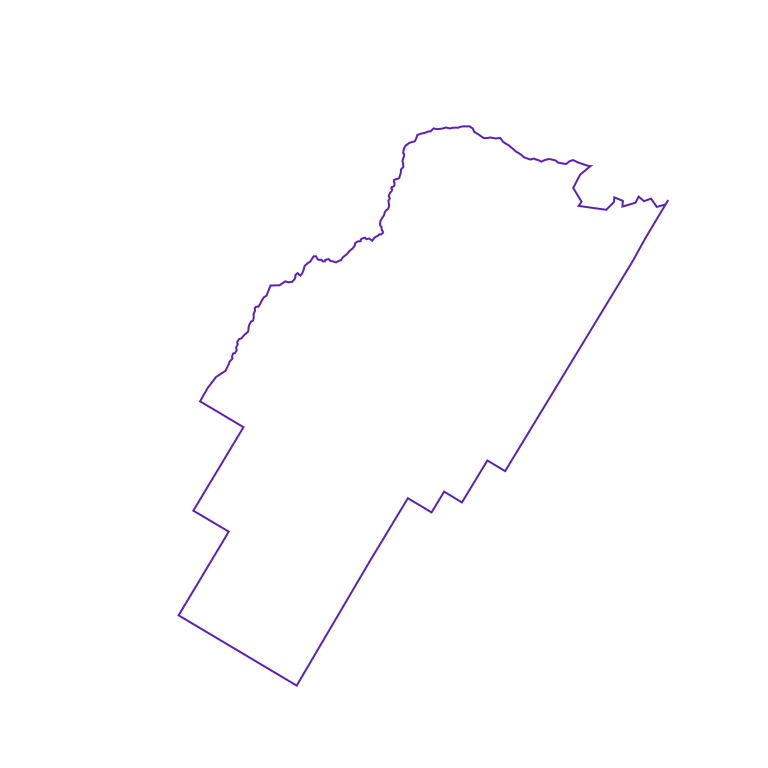 Teton, Montana, United States of America (Robinson projection), rotated 121°
{"feature_id": "52423323B79770151103522", "entity_name": "Teton", "entity_type": "district", "adm_level": 2, "iso_a3": "USA", "parent_name": "United States of America", "parent_adm1": "Montana", "projection": "robinson", "projection_center": [-112.547, 47.818], "detail": "fine", "context": "isolated", "style": "outline", "palette": "violet", "viewbox_px": 768, "rotation_deg": 121, "n_neighbors": 0, "source": "geoboundaries", "source_scale": "gbopen_adm2", "svg_char_len": 2852}
<svg xmlns="http://www.w3.org/2000/svg" viewBox="0 0 768 768"><g transform="rotate(121 384 384)"><path d="M91.0,319.3L91.4,319.9L92.7,324.8L94.2,332.2L94.7,337.3L97.5,339.7L101.6,341.2L103.5,345.9L104.6,348.9L104.0,352.0L105.4,356.5L106.5,358.8L108.8,361.2L112.4,363.7L112.6,367.4L113.4,369.5L113.5,371.6L116.3,374.2L116.8,377.1L117.6,380.6L116.9,384.1L116.7,387.8L116.8,390.5L116.0,394.6L115.7,396.7L115.1,400.2L115.3,403.5L115.0,406.9L113.2,411.0L116.0,414.7L117.9,419.8L120.1,422.3L121.8,425.2L121.7,427.7L121.4,431.4L121.4,436.6L119.3,439.3L119.1,443.6L120.4,445.4L121.8,448.0L123.7,450.5L125.9,452.2L128.5,456.5L131.1,459.3L132.2,463.0L134.9,465.4L138.1,469.5L139.4,473.2L143.3,474.1L145.2,476.5L147.6,478.2L150.3,481.2L153.5,483.7L157.1,482.8L160.1,482.6L164.0,486.3L168.5,488.3L172.6,488.0L176.0,486.7L176.7,484.9L178.3,484.1L180.1,483.9L183.4,483.0L185.3,481.1L188.0,479.2L191.3,479.9L194.5,478.3L197.6,477.6L199.7,477.0L201.4,478.2L202.5,479.5L204.1,480.5L205.7,479.6L206.0,478.7L207.8,477.7L208.9,477.2L210.0,477.8L211.4,478.9L212.8,478.3L212.9,477.2L215.0,476.8L216.9,477.2L220.4,476.8L222.0,474.6L224.6,474.6L226.4,473.2L228.1,471.6L231.5,470.6L234.3,471.6L236.5,471.8L239.3,470.9L242.4,471.1L246.1,471.0L248.9,469.8L250.2,468.7L250.6,467.1L252.9,465.4L253.9,463.4L255.1,462.8L257.4,463.6L257.8,464.8L258.6,465.4L259.6,465.3L262.4,467.1L264.3,467.7L267.2,467.8L267.1,469.4L267.0,471.8L268.9,473.7L268.4,475.7L270.2,477.4L271.9,478.3L273.6,477.6L274.8,479.2L275.7,480.2L278.3,481.3L280.4,480.3L284.0,480.7L287.8,482.2L291.7,482.6L294.5,483.8L297.2,484.6L300.0,484.6L301.4,485.9L304.5,487.8L305.2,491.0L306.1,493.3L305.4,495.8L307.9,498.3L309.4,497.9L310.5,499.8L309.7,501.6L311.4,504.2L310.7,506.4L309.5,508.0L311.0,510.2L313.1,510.1L317.1,510.3L320.2,511.8L323.6,512.8L328.2,511.6L331.0,511.1L334.2,511.5L334.0,513.3L333.5,515.2L336.2,516.1L337.9,515.0L340.2,514.6L343.9,515.5L345.9,518.1L346.9,521.5L349.6,522.7L353.2,524.4L355.2,527.6L356.9,530.1L358.0,532.0L361.0,531.5L364.0,531.0L368.7,530.2L371.8,531.7L375.7,531.7L378.8,531.4L382.4,531.4L383.5,533.4L385.5,533.9L387.7,532.3L391.6,531.7L394.0,529.9L397.3,528.9L398.8,530.1L402.4,530.0L405.7,529.1L407.4,528.0L409.2,527.5L411.0,528.0L414.5,529.2L418.2,529.6L420.0,531.3L422.2,531.5L424.2,531.2L425.2,529.8L428.8,529.6L431.0,527.6L434.2,527.7L435.7,529.1L438.5,528.5L440.2,527.0L444.6,527.9L446.2,527.4L454.3,526.6L464.5,531.6L478.6,533.1L493.6,532.7L493.4,482.2L590.8,482.2L590.5,441.1L598.4,441.0L688.1,440.9L687.5,303.5L543.3,304.9L469.6,304.7L469.6,277.1L445.3,277.0L445.4,256.2L396.3,256.0L396.3,235.3L150.9,234.1L123.0,235.1L79.9,235.1L85.2,235.2L91.7,241.4L87.6,250.6L93.4,255.3L92.2,262.2L99.1,261.8L109.1,271.0L104.0,273.6L105.4,282.7L109.5,280.6L120.2,283.2L131.1,308.9L126.0,308.6L118.5,322.8L103.6,323.7L91.0,319.3Z" fill="none" stroke="#5b21b6" stroke-width="2"/></g></svg>